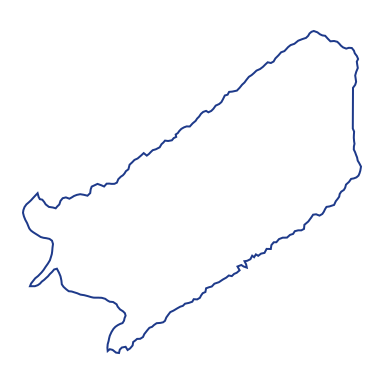 Ubaí, Minas Gerais, Brazil
{"feature_id": "56859067B9810342339468", "entity_name": "Ubaí", "entity_type": "district", "adm_level": 2, "iso_a3": "BRA", "parent_name": "Brazil", "parent_adm1": "Minas Gerais", "projection": "albers", "projection_center": [-44.877, -16.365], "detail": "fine", "context": "isolated", "style": "outline", "palette": "blue", "viewbox_px": 384, "rotation_deg": 0, "n_neighbors": 0, "source": "geoboundaries", "source_scale": "gbopen_adm2", "svg_char_len": 4198}
<svg xmlns="http://www.w3.org/2000/svg" viewBox="0 0 384 384"><path d="M361.0,166.6L359.2,163.1L357.7,160.6L357.1,157.5L356.1,155.0L355.1,152.2L353.8,149.5L353.9,146.5L354.5,143.8L354.1,141.3L353.8,137.8L353.9,134.8L354.1,131.6L352.8,128.5L353.0,87.8L355.2,84.8L356.1,81.8L355.7,78.9L355.2,75.5L356.2,71.9L357.8,68.0L357.2,64.5L356.8,61.6L358.1,59.0L356.9,56.1L354.8,53.3L353.9,50.6L351.8,48.0L348.9,47.8L346.2,48.6L343.1,47.4L341.0,45.7L339.2,43.6L337.3,41.8L334.1,41.0L330.4,41.3L327.8,38.7L325.2,35.8L322.4,35.4L320.0,34.3L317.4,32.3L313.8,31.0L311.5,31.8L309.5,33.5L308.2,35.8L306.0,37.9L302.3,39.1L298.2,40.7L294.4,43.8L290.6,45.1L288.1,47.1L286.1,49.3L284.4,51.1L281.1,52.3L278.5,55.3L275.4,58.4L273.6,61.5L270.9,63.0L267.7,62.3L265.4,64.4L263.0,66.8L260.1,69.0L256.5,70.6L253.8,73.2L251.6,75.1L248.9,76.8L246.4,79.9L244.5,82.5L242.1,84.7L239.6,87.8L236.9,90.6L232.2,91.6L229.1,91.9L227.6,94.7L224.8,95.5L223.0,99.2L221.4,102.1L219.2,104.0L215.7,105.6L213.4,108.8L211.3,110.9L208.4,112.3L206.1,110.9L203.2,111.9L201.0,113.8L199.1,116.6L197.1,118.6L195.6,120.9L192.6,123.4L189.8,126.5L186.6,126.4L183.9,127.4L181.3,128.9L179.2,131.1L177.8,133.1L175.7,134.5L176.2,136.9L173.7,138.1L171.9,140.3L168.1,141.0L165.0,140.6L163.4,142.5L161.5,144.2L159.7,147.3L155.8,149.3L152.7,150.2L150.7,152.1L148.9,154.0L146.8,155.6L143.7,153.1L141.0,155.6L137.6,158.5L134.5,159.9L132.0,162.5L129.6,164.7L128.4,169.3L125.9,171.2L124.5,173.5L122.9,175.3L120.8,176.7L118.3,179.2L116.9,182.6L114.5,183.8L111.9,183.9L109.2,183.6L106.6,183.7L104.1,186.5L101.4,185.3L97.5,183.9L94.1,185.5L91.7,186.6L90.7,189.3L90.2,193.1L87.5,195.7L83.8,194.8L80.2,194.2L76.8,194.9L74.0,196.0L71.6,197.5L69.4,198.7L65.9,197.4L62.7,198.2L60.5,200.9L59.3,204.5L57.3,206.4L55.7,208.3L52.9,207.5L48.9,206.9L45.7,204.4L44.2,202.0L42.3,199.7L39.8,199.1L38.6,196.9L37.6,193.2L35.4,195.5L32.8,198.3L31.1,200.2L29.3,201.9L26.4,204.4L24.5,207.1L23.4,210.1L23.0,212.8L23.9,216.3L25.3,219.8L27.1,223.1L28.3,226.1L29.3,228.5L30.9,230.5L33.0,232.1L35.0,233.4L37.9,235.2L40.7,237.0L43.5,237.8L46.4,238.2L49.5,238.9L52.0,240.7L53.0,244.0L52.5,247.7L52.2,251.3L51.8,254.1L51.0,256.8L49.9,260.3L47.9,263.6L45.5,267.0L43.6,269.9L41.6,272.4L38.1,276.0L35.2,278.3L33.3,280.7L31.1,283.5L30.0,286.2L34.9,286.2L37.7,285.2L39.9,283.7L41.8,281.6L44.2,279.8L46.1,278.0L48.0,276.3L49.8,274.1L52.2,271.8L54.1,269.5L56.9,268.7L59.0,272.7L60.5,276.3L61.4,280.5L61.8,284.3L63.5,286.8L66.1,289.2L68.7,291.2L71.7,291.5L74.5,292.4L77.4,293.3L80.4,294.6L84.3,295.2L88.1,296.2L91.1,297.1L93.4,297.6L95.9,297.7L99.2,297.7L101.7,297.8L105.2,298.8L107.5,300.5L109.7,301.7L113.1,302.0L116.6,304.3L117.7,306.7L120.0,309.4L123.0,311.3L124.9,313.2L125.6,315.7L124.6,318.0L124.0,320.7L122.5,323.1L120.2,323.9L117.7,325.2L115.4,326.8L113.5,328.8L111.5,332.0L109.8,335.7L109.1,338.4L108.6,341.0L107.7,344.2L107.4,347.7L107.7,351.0L109.8,349.2L112.6,349.9L116.0,352.6L119.0,353.0L119.8,349.6L121.9,347.5L125.6,346.8L127.6,350.0L130.0,348.5L132.6,345.5L133.2,342.0L135.1,340.6L137.1,338.9L140.2,338.8L143.0,337.0L144.3,334.1L147.2,330.4L149.4,327.8L152.1,326.8L153.9,325.1L156.6,323.2L160.4,322.9L163.1,322.3L165.0,320.8L166.3,317.5L168.3,314.7L170.3,312.1L173.5,310.6L177.5,308.2L180.4,306.6L182.8,305.9L185.0,303.7L188.9,302.9L192.3,301.7L193.7,299.2L197.2,299.4L199.9,297.8L201.0,295.6L202.7,293.2L205.4,292.0L206.1,288.3L208.8,287.3L211.8,286.5L214.4,283.7L218.9,282.2L222.9,279.5L226.3,277.6L228.8,275.5L231.8,276.1L234.1,273.9L236.7,272.8L239.6,270.3L237.5,266.5L241.3,265.0L243.6,266.5L246.8,267.6L246.1,264.3L244.5,261.2L247.2,260.8L250.4,259.2L252.2,255.7L254.1,257.2L255.9,254.4L258.2,255.8L261.1,253.6L264.5,252.9L266.6,248.9L270.8,249.0L271.4,245.1L273.7,242.3L276.4,242.2L279.0,239.1L282.6,237.7L287.0,237.6L290.0,234.9L293.1,233.9L294.8,231.2L298.3,230.3L301.4,230.3L304.0,228.9L304.4,224.8L308.3,221.5L311.3,217.4L313.1,214.7L316.1,214.3L319.5,215.6L322.3,214.0L323.8,211.8L325.1,209.1L326.5,206.9L329.6,206.4L334.1,204.9L335.8,201.2L337.8,198.7L339.2,196.7L339.7,194.0L341.2,191.7L343.9,189.9L345.2,187.6L346.0,184.6L349.0,181.9L351.1,178.9L353.8,178.4L356.4,177.4L358.5,175.6L359.5,173.3L360.3,170.7L361.0,166.6Z" fill="none" stroke="#1e3a8a" stroke-width="2"/></svg>